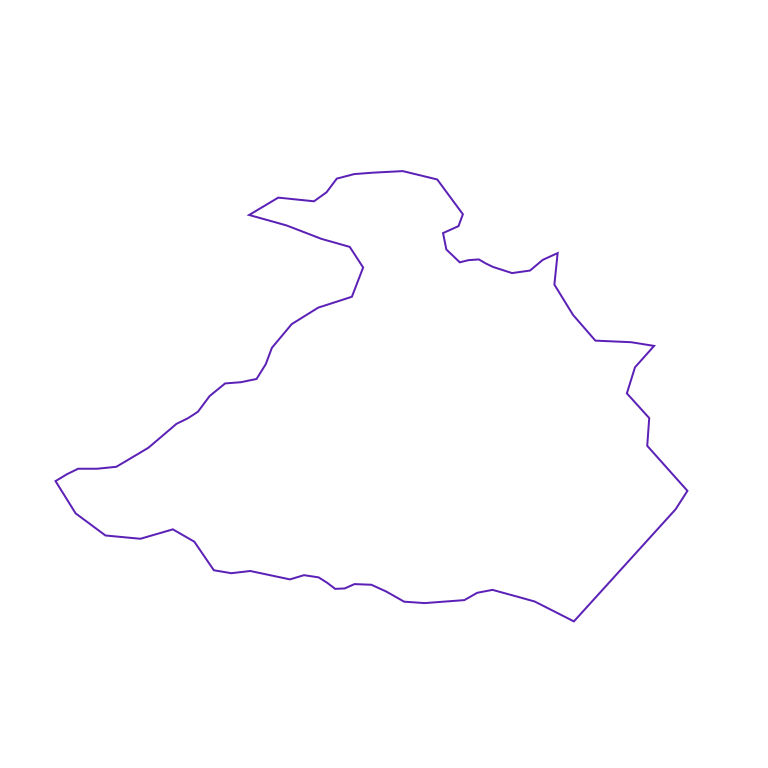 Amuria, Robinson projection, rotated 97°
{"feature_id": "UGA-3124", "entity_name": "Amuria", "entity_type": "District", "adm_level": 1, "iso_a3": "UGA", "parent_name": "Uganda", "parent_adm1": "", "projection": "robinson", "projection_center": [33.651, 2.061], "detail": "fine", "context": "isolated", "style": "outline", "palette": "violet", "viewbox_px": 768, "rotation_deg": 97, "n_neighbors": 0, "source": "natural_earth", "source_scale": "10m", "svg_char_len": 1123}
<svg xmlns="http://www.w3.org/2000/svg" viewBox="0 0 768 768"><g transform="rotate(97 384 384)"><path d="M232.7,538.5L211.9,511.7L211.2,475.8L200.7,464.4L185.9,455.9L179.3,439.2L175.6,420.8L170.4,391.3L174.5,356.1L205.9,326.4L218.2,329.3L227.0,343.8L242.9,338.5L254.0,323.6L250.8,315.3L248.8,305.0L251.9,297.8L254.5,290.2L258.3,270.4L253.6,252.9L241.4,241.5L232.9,227.6L264.6,227.0L292.4,204.8L315.2,179.5L312.4,143.8L313.3,120.6L336.8,136.9L363.7,141.8L385.5,116.6L413.3,115.2L453.1,69.8L472.8,79.3L596.5,166.6L581.5,208.0L575.1,251.2L579.9,266.1L588.7,277.9L596.5,316.9L597.6,337.5L589.6,356.8L584.8,372.1L586.2,388.9L591.7,398.1L593.3,407.5L588.2,416.2L583.9,425.3L583.5,440.1L589.4,453.6L585.9,493.9L590.4,512.5L589.6,530.2L563.6,553.1L554.0,575.9L567.3,606.9L568.3,642.0L550.0,674.3L520.4,698.2L512.1,687.6L505.4,677.3L503.0,658.1L498.8,639.6L476.0,610.1L448.8,585.1L441.9,574.5L434.2,565.3L417.2,555.6L402.8,541.8L399.7,526.4L394.5,511.1L378.8,503.8L361.8,499.7L335.8,482.9L316.2,458.6L301.3,426.5L270.9,418.9L252.1,434.7L247.6,463.7L238.5,500.1L232.7,538.5Z" fill="none" stroke="#5b21b6" stroke-width="2"/></g></svg>